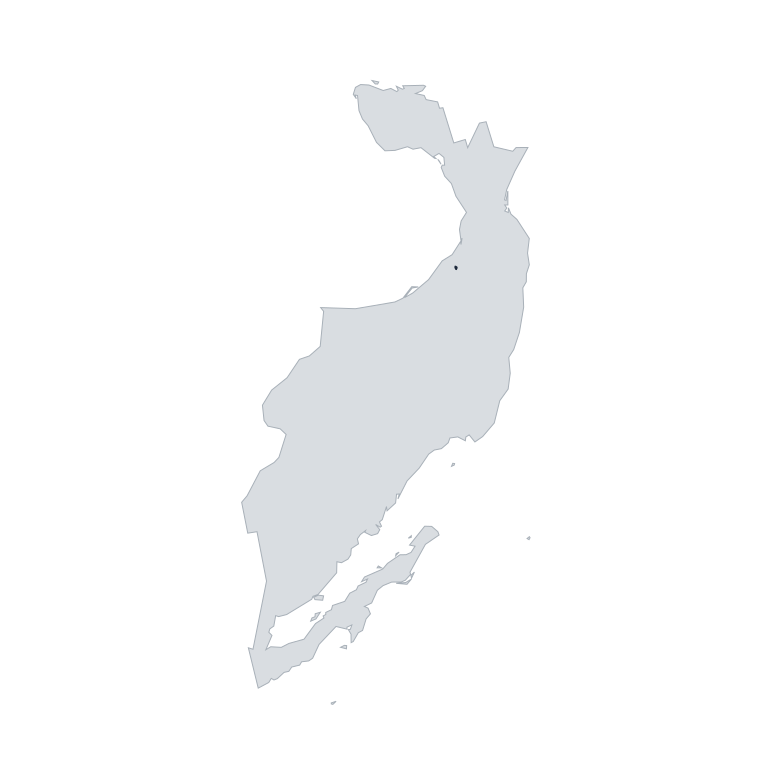 location of Cosautlán de Carvajal, Veracruz, Mexico, rotated 255°
{"feature_id": "50627088B10662501501563", "entity_name": "Cosautlán de Carvajal", "entity_type": "district", "adm_level": 2, "iso_a3": "MEX", "parent_name": "Mexico", "parent_adm1": "Veracruz", "projection": "orthographic", "projection_center": [-96.973, 19.329], "detail": "fine", "context": "in_parent", "style": "filled", "palette": "slate", "viewbox_px": 768, "rotation_deg": 255, "n_neighbors": 0, "source": "geoboundaries", "source_scale": "gbopen_adm2", "svg_char_len": 4309}
<svg xmlns="http://www.w3.org/2000/svg" viewBox="0 0 768 768"><g transform="rotate(255 384 384)"><path d="M122.8,183.8L164.3,184.7L161.7,188.8L224.0,219.5L274.2,223.1L275.2,213.8L306.6,215.9L311.4,222.8L332.2,242.0L336.6,257.5L340.3,263.5L360.6,276.4L367.6,272.1L373.3,261.0L379.8,258.7L395.0,261.1L407.2,273.9L415.2,292.1L429.7,308.7L430.4,319.1L436.8,332.1L469.8,344.5L474.2,342.6L464.1,375.9L460.4,415.8L462.0,424.5L470.8,436.0L468.9,442.2L469.4,436.0L462.1,426.1L464.4,435.2L473.3,454.1L487.9,472.1L491.3,483.3L501.7,494.7L498.8,494.5L504.7,497.2L502.8,495.5L513.7,496.9L521.5,500.7L528.4,508.1L546.7,502.1L560.1,501.0L569.0,496.4L578.4,495.3L580.3,496.9L579.7,499.2L587.4,500.5L592.5,496.8L590.9,490.9L588.4,492.5L589.0,491.2L602.7,480.9L603.3,472.8L607.1,468.1L606.8,455.1L609.0,445.3L619.3,439.3L637.6,435.5L645.5,431.8L654.5,430.6L669.5,433.1L670.6,430.9L666.7,431.1L671.7,429.3L677.9,433.2L679.3,438.9L676.7,446.8L667.7,459.2L667.7,467.1L663.1,472.1L664.1,473.8L668.4,473.0L664.0,478.1L664.2,480.1L667.2,479.3L662.3,499.5L660.8,501.3L657.4,497.0L656.4,489.6L652.3,497.5L647.8,498.3L642.6,508.8L636.0,509.0L635.6,512.4L598.8,513.8L599.1,525.8L590.6,526.0L611.3,543.7L610.9,550.5L584.7,551.5L575.5,568.6L578.2,572.8L575.2,584.2L555.7,565.5L540.1,552.9L530.7,548.1L529.7,549.4L538.4,553.6L524.9,550.0L525.7,546.9L522.2,548.2L519.9,545.4L517.5,548.4L522.0,549.8L515.2,550.6L508.5,555.0L487.0,562.0L473.2,556.5L461.5,555.2L453.7,550.1L445.9,547.9L441.0,543.0L422.1,538.8L398.7,528.1L383.7,518.2L377.4,511.4L361.7,508.7L347.0,502.6L337.9,491.5L317.8,480.4L307.7,465.7L304.5,456.8L312.8,453.1L311.6,449.3L308.1,447.9L313.8,441.6L314.8,433.7L310.6,430.8L306.7,422.7L307.2,415.5L304.7,409.0L293.7,396.3L284.4,381.2L269.4,367.7L273.8,370.3L274.3,367.6L266.1,364.4L260.7,354.1L265.0,354.7L253.4,347.2L252.0,343.9L247.3,344.8L246.7,343.2L250.5,339.6L244.4,342.2L241.1,339.1L240.9,332.6L245.7,327.1L247.2,328.3L244.7,322.2L241.3,318.2L236.2,318.0L233.5,309.8L227.5,307.6L224.2,303.9L222.4,296.7L224.5,292.5L213.9,289.4L197.8,265.8L197.3,260.4L194.8,258.5L186.5,230.3L186.6,222.0L188.3,219.4L178.7,214.9L177.0,210.3L174.0,208.5L170.1,210.7L157.9,201.1L159.5,206.6L156.2,216.6L158.0,225.0L158.2,240.7L170.3,255.8L173.5,265.4L175.7,265.2L176.4,268.1L178.4,268.6L179.6,274.8L183.4,277.0L184.2,289.8L190.8,296.8L192.4,304.1L195.6,306.7L197.2,315.3L199.9,317.6L198.9,311.2L202.6,315.2L205.6,334.9L209.8,340.9L214.9,355.3L213.4,361.1L214.3,366.5L219.3,372.0L221.8,367.0L236.1,386.5L234.1,393.2L227.4,397.8L223.9,398.1L218.4,382.5L195.5,360.4L193.2,360.4L188.9,353.7L188.3,349.3L190.7,340.1L189.5,330.9L186.5,324.2L175.7,315.4L174.2,307.5L171.6,310.6L165.5,311.4L161.7,305.9L151.5,299.5L150.4,294.8L143.2,287.6L142.7,285.3L150.9,287.4L156.0,286.0L155.7,288.0L159.6,290.6L158.7,285.3L156.8,284.8L162.2,274.9L149.3,253.9L137.6,244.1L136.0,239.6L137.0,232.5L134.3,229.8L134.5,221.6L131.1,217.7L131.3,212.8L127.0,204.7L126.6,201.1L128.8,198.9L125.5,195.4L122.8,183.8ZM197.0,266.0L195.0,270.8L191.0,268.8L193.6,261.5L196.2,260.9L197.0,266.0ZM180.0,263.4L174.7,257.5L173.9,251.8L176.7,253.9L177.0,257.1L179.9,258.1L180.0,263.4ZM677.1,457.1L675.4,455.5L676.1,453.2L680.2,451.0L677.1,457.1ZM188.5,360.0L184.6,354.4L188.3,344.2L186.6,353.5L188.5,360.0ZM141.0,280.2L137.9,279.2L140.9,273.9L141.8,278.1L141.0,280.2ZM89.9,255.6L87.8,251.7L88.6,250.3L89.6,250.5L89.9,255.6ZM192.2,360.5L194.5,364.7L189.3,360.3L192.2,360.5ZM289.6,429.9L288.9,431.6L287.5,430.8L287.0,427.9L289.6,429.9ZM217.0,351.8L217.7,355.1L215.1,350.8L217.0,351.8ZM208.2,329.8L209.7,331.4L207.0,334.1L208.2,329.8ZM198.9,484.9L197.7,485.3L196.1,483.8L197.7,482.2L198.9,484.9ZM584.8,495.2L581.5,496.0L587.1,494.1L584.8,495.2ZM230.4,371.1L228.8,370.6L228.8,367.6L230.4,371.1Z" fill="#d9dde1" stroke="#a8b0b8" stroke-width="1"/><path d="M479.1,483.3L478.9,483.3L478.8,483.2L478.7,483.2L478.4,482.9L478.2,482.9L477.9,482.9L477.9,483.0L477.7,483.0L477.4,483.1L477.2,483.0L476.9,483.1L476.7,483.1L476.4,483.1L476.3,483.3L476.5,483.3L476.3,483.5L476.5,483.8L476.9,483.9L476.9,484.0L477.0,484.1L477.1,484.3L477.3,484.4L477.4,484.5L477.5,484.5L477.5,484.4L477.5,484.5L477.8,484.5L477.8,484.4L478.0,484.4L478.1,484.2L478.3,484.1L478.5,484.1L478.6,483.9L478.8,483.8L478.8,483.7L479.0,483.6L479.1,483.4L479.1,483.3Z" fill="#64748b" stroke="#1e293b" stroke-width="1.5"/></g></svg>